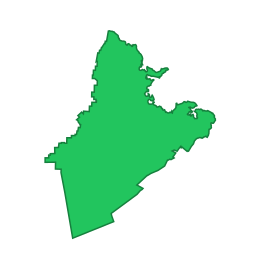 Glenorchy, Tasmania, Australia (Equal Earth projection), rotated 350°
{"feature_id": "25037944B30082174620136", "entity_name": "Glenorchy", "entity_type": "district", "adm_level": 2, "iso_a3": "AUS", "parent_name": "Australia", "parent_adm1": "Tasmania", "projection": "equal_earth", "projection_center": [147.273, -42.832], "detail": "fine", "context": "isolated", "style": "filled", "palette": "green", "viewbox_px": 256, "rotation_deg": 350, "n_neighbors": 0, "source": "geoboundaries", "source_scale": "gbopen_adm2", "svg_char_len": 5854}
<svg xmlns="http://www.w3.org/2000/svg" viewBox="0 0 256 256"><g transform="rotate(350 128 128)"><path d="M54.4,226.9L97.7,217.7L96.7,211.7L96.6,209.2L125.4,194.9L129.2,191.8L131.2,191.0L132.3,190.1L126.8,185.7L138.7,178.0L138.9,178.2L142.7,176.7L150.4,174.9L157.5,171.8L161.2,166.6L161.4,166.8L163.8,166.0L164.8,166.6L168.2,165.5L167.2,164.4L170.7,160.9L167.5,158.3L169.7,157.7L172.3,159.4L175.0,156.7L176.6,155.4L176.5,156.3L176.9,156.8L177.8,156.1L182.2,161.3L183.1,160.9L183.6,161.3L187.2,157.1L189.7,155.0L191.2,152.3L193.2,150.7L194.6,150.1L195.7,150.1L196.8,149.8L198.3,150.2L198.4,150.6L198.8,150.6L199.4,150.9L199.9,150.5L200.7,150.5L201.3,149.9L202.0,150.0L203.3,149.6L203.6,150.3L204.4,150.9L205.8,149.2L205.7,149.1L206.6,147.7L207.6,143.4L208.5,143.3L209.6,142.8L210.2,142.0L210.2,140.6L210.5,139.8L210.3,138.9L210.5,137.6L211.0,137.4L212.4,138.1L212.8,138.1L213.3,137.8L215.5,135.4L215.4,134.7L215.6,134.2L215.2,133.5L214.8,132.2L214.9,131.8L215.3,131.3L215.2,130.6L214.2,128.8L212.8,127.6L214.0,128.5L214.1,128.3L209.7,124.8L209.4,124.7L209.1,125.0L208.8,124.9L208.4,125.0L207.8,124.7L206.9,124.6L206.0,123.9L205.4,123.8L204.8,124.2L204.2,123.1L203.4,122.2L202.7,122.0L202.3,122.3L201.7,122.3L201.6,122.1L200.9,121.7L199.5,121.7L198.5,121.4L197.8,121.7L196.5,123.4L198.1,124.8L198.5,126.6L198.3,126.7L198.4,127.2L197.7,128.0L197.9,128.9L198.2,129.6L198.2,130.1L197.5,130.7L197.3,130.3L196.9,130.2L195.9,130.5L195.3,130.4L194.4,128.1L194.7,127.3L194.4,125.9L193.8,125.9L192.8,126.4L192.6,126.9L192.2,127.1L191.8,127.0L191.2,126.2L191.7,125.5L191.8,125.1L191.2,125.2L190.5,125.8L189.1,125.3L188.9,125.0L188.9,124.8L189.2,124.3L190.0,124.0L191.2,122.6L191.6,122.6L191.8,122.9L192.1,122.8L193.1,123.9L194.0,123.4L194.4,122.9L194.2,122.9L193.6,122.2L192.8,120.9L192.6,119.5L192.1,118.9L191.6,118.6L191.5,118.3L192.9,118.2L193.8,119.2L194.8,119.6L195.6,119.6L196.7,119.3L197.6,118.4L198.7,118.2L199.6,118.2L199.8,117.9L198.6,115.4L197.2,114.2L194.4,113.5L191.7,112.1L191.3,112.0L190.4,112.8L189.9,112.9L189.2,112.7L188.8,112.3L188.8,112.1L189.2,112.1L187.8,111.8L185.9,113.1L180.9,113.8L180.5,113.6L180.5,112.8L180.3,112.1L179.7,112.2L179.1,114.9L178.9,115.3L178.8,116.3L178.2,116.7L177.7,117.3L174.9,119.1L174.3,120.9L173.7,120.3L173.3,120.3L173.4,119.6L172.5,120.7L172.7,120.1L172.4,120.1L172.0,119.7L170.9,120.3L169.5,119.9L168.6,118.9L167.8,119.0L167.8,118.2L167.2,117.2L167.3,116.6L167.0,116.3L166.0,116.6L165.4,116.2L165.2,115.6L165.4,115.2L164.5,114.5L164.6,113.8L164.3,113.1L163.8,112.9L163.8,112.6L163.4,112.6L162.9,112.0L161.1,112.5L160.4,112.3L159.9,112.1L159.8,111.4L159.1,110.6L157.6,109.8L157.1,108.9L157.1,108.0L158.2,107.4L158.0,106.8L157.1,106.8L157.0,107.8L156.3,108.4L155.0,108.6L154.3,108.5L153.9,108.2L153.2,108.3L152.6,107.7L152.1,106.3L152.2,104.8L153.3,103.5L153.9,103.4L154.6,103.6L155.1,104.8L155.8,105.2L157.8,105.2L158.6,104.7L158.5,103.1L157.8,100.5L157.5,99.9L156.1,101.7L155.0,101.5L154.5,100.6L154.8,99.9L154.9,99.4L154.5,98.2L153.8,97.7L153.8,99.1L153.7,99.4L152.9,100.0L151.9,100.1L151.3,99.8L150.7,98.6L150.3,97.6L150.4,96.8L151.3,96.4L152.4,95.2L153.5,95.0L154.1,95.6L154.7,95.2L154.8,93.7L153.3,92.7L153.3,92.2L153.7,91.1L155.2,90.2L156.1,90.4L156.5,90.0L157.9,89.8L158.0,89.0L159.2,87.4L160.5,86.1L161.7,85.4L161.8,85.1L161.6,84.8L160.8,84.8L159.0,85.1L158.3,84.3L158.3,83.5L157.4,83.2L156.7,83.4L155.6,83.0L155.4,82.1L155.0,82.3L154.9,82.7L155.1,83.1L154.5,83.3L155.0,83.1L154.7,82.8L154.7,82.3L154.6,82.2L154.9,82.1L155.1,81.7L154.3,82.0L154.5,81.8L154.3,81.2L155.4,79.4L156.0,78.8L156.5,78.9L157.1,79.7L158.9,80.2L159.4,80.6L159.7,81.1L161.9,81.4L166.2,83.2L167.7,84.2L168.2,83.6L168.0,83.0L168.6,83.0L169.7,82.5L170.3,82.1L170.7,81.1L171.3,80.4L172.5,80.2L172.9,79.6L173.7,79.6L174.9,79.0L175.0,78.7L175.0,78.1L175.4,77.7L177.2,77.8L177.9,77.2L177.3,75.9L176.5,75.6L174.7,75.4L173.9,75.8L173.0,75.6L171.7,75.9L171.4,75.9L171.1,75.5L170.1,77.2L169.6,77.6L166.4,78.2L165.1,78.1L163.3,75.8L162.5,75.4L162.2,74.9L162.1,74.1L159.4,72.6L157.6,70.9L157.3,71.1L156.9,72.7L157.1,74.6L156.7,75.6L155.8,75.8L155.2,75.6L154.9,74.6L154.3,74.2L154.3,73.5L153.5,73.7L152.4,72.9L150.8,73.5L149.7,73.2L149.2,72.5L149.4,71.0L149.8,70.3L150.2,69.9L151.2,70.3L152.0,69.8L151.8,68.8L151.5,68.2L152.0,67.5L152.3,67.6L153.0,68.4L153.4,68.4L153.4,67.9L152.8,66.4L153.0,65.6L153.4,65.5L153.4,65.2L152.8,64.6L152.8,64.2L153.0,63.9L153.9,64.0L154.5,62.0L154.3,60.0L153.7,58.1L153.0,56.9L152.4,56.5L151.9,55.9L152.1,55.4L150.9,53.5L150.3,52.2L150.2,50.1L150.5,49.3L150.5,48.6L150.3,47.7L149.7,47.1L148.1,47.3L147.6,46.9L147.3,47.3L146.9,47.2L146.9,47.9L146.6,48.4L146.0,48.4L145.0,46.9L144.5,46.8L144.0,45.8L143.3,45.1L142.4,45.2L141.9,46.1L141.5,46.2L141.1,46.0L140.5,45.3L140.4,42.9L140.0,42.3L138.8,41.7L137.2,41.4L135.2,40.1L134.7,38.8L134.9,38.4L134.8,38.1L134.5,38.1L134.2,37.3L134.2,36.6L134.4,36.0L134.2,35.1L131.8,32.4L130.9,30.9L129.9,30.6L129.7,30.3L129.2,30.0L127.9,29.8L126.8,29.1L125.5,29.1L121.9,39.0L120.7,38.6L120.0,40.8L119.5,40.6L116.1,44.3L115.8,44.2L114.6,46.8L113.5,46.5L112.5,49.2L111.3,48.8L108.2,57.1L108.6,56.9L109.3,57.0L108.3,61.8L106.7,61.5L105.9,65.5L104.0,65.1L103.0,69.8L102.2,69.7L101.5,73.1L103.8,73.5L106.0,76.1L105.1,80.5L102.3,80.1L101.0,86.8L98.5,86.4L97.6,91.0L99.8,91.4L99.3,94.0L101.4,94.3L101.2,95.7L101.6,95.8L101.3,97.2L96.9,96.4L96.0,100.2L93.8,99.8L92.7,105.1L87.2,103.7L86.5,106.3L85.1,104.3L80.8,107.1L82.1,108.9L78.8,111.0L79.9,111.9L80.1,113.6L81.2,115.7L81.3,116.4L81.9,116.5L81.0,119.3L79.3,118.8L78.1,122.3L77.3,122.1L76.2,125.4L74.8,125.1L74.5,126.3L71.0,125.6L70.6,127.8L66.1,127.0L65.0,132.4L62.6,131.8L62.7,131.3L59.8,130.8L59.7,131.5L57.4,131.0L56.1,135.1L52.4,134.5L51.5,140.4L47.0,139.8L46.7,141.2L45.2,140.9L44.7,143.6L41.2,143.0L40.4,147.4L50.7,149.1L49.4,155.8L55.0,157.0L54.3,160.3L54.6,180.4L54.4,226.9Z" fill="#22c55e" stroke="#15803d" stroke-width="1.5"/></g></svg>